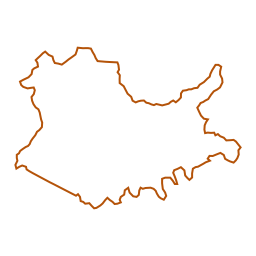 outline of Redenção da Serra, São Paulo, Brazil
{"feature_id": "56859067B72964394326652", "entity_name": "Redenção da Serra", "entity_type": "district", "adm_level": 2, "iso_a3": "BRA", "parent_name": "Brazil", "parent_adm1": "São Paulo", "projection": "albers", "projection_center": [-45.504, -23.25], "detail": "fine", "context": "isolated", "style": "outline", "palette": "amber", "viewbox_px": 256, "rotation_deg": 0, "n_neighbors": 0, "source": "geoboundaries", "source_scale": "gbopen_adm2", "svg_char_len": 2831}
<svg xmlns="http://www.w3.org/2000/svg" viewBox="0 0 256 256"><path d="M20.0,81.6L21.2,85.0L23.3,86.9L27.6,88.4L30.6,87.9L33.7,87.5L34.8,90.2L33.8,94.1L31.5,97.0L32.1,100.7L33.5,104.2L35.7,107.4L38.4,109.3L39.7,112.5L40.4,116.0L41.1,119.4L42.2,122.6L41.9,127.1L39.3,130.1L37.0,131.8L35.3,135.2L32.6,138.6L30.8,141.3L29.7,144.1L28.0,146.0L25.7,147.0L22.6,149.1L20.1,151.0L19.0,153.3L16.8,154.8L16.8,158.0L17.4,160.8L15.4,164.9L16.4,168.6L19.3,166.8L22.2,165.5L26.0,166.8L26.6,169.4L29.2,171.1L32.7,173.1L49.7,182.2L52.7,183.7L76.0,195.7L78.0,194.2L80.0,196.9L80.7,201.1L83.2,201.9L85.2,203.7L89.3,203.2L91.6,205.8L94.1,208.3L96.4,207.9L100.3,205.5L102.6,203.5L105.3,200.0L107.4,197.8L109.8,200.0L112.6,201.9L114.6,204.0L117.4,203.7L120.8,202.4L119.7,199.8L120.8,196.9L124.2,194.6L124.8,190.3L128.2,187.8L129.6,192.6L133.2,196.3L136.6,196.9L138.8,194.9L139.3,190.4L140.6,187.7L142.8,188.8L145.5,188.0L150.6,187.7L153.6,188.8L155.7,190.8L156.9,193.6L158.8,196.7L160.8,198.3L163.8,199.7L166.2,195.9L165.1,192.5L162.8,189.0L162.1,183.3L162.1,178.8L165.1,177.7L170.3,177.7L172.9,180.9L174.8,184.0L177.2,184.0L176.2,180.4L174.8,176.6L173.2,172.8L174.2,170.2L177.5,168.9L180.9,167.2L184.4,170.4L185.2,175.5L187.4,178.0L189.4,179.9L192.1,177.5L192.1,173.4L192.9,168.7L195.6,167.1L198.0,166.7L200.5,165.3L203.4,163.7L205.7,162.3L209.9,160.7L207.7,158.7L209.5,155.9L212.7,156.0L216.1,154.6L220.4,152.9L223.8,155.0L225.1,158.8L227.7,160.3L230.0,161.4L233.6,162.6L235.8,160.4L237.3,158.2L238.7,154.6L238.4,150.3L240.6,147.4L238.2,144.4L235.9,141.5L233.6,139.9L230.2,140.2L226.3,140.4L223.8,137.7L220.1,136.2L217.9,134.1L215.4,135.3L214.2,132.7L210.9,132.9L207.8,132.6L205.1,133.1L204.4,129.6L204.7,125.3L206.1,122.1L207.9,119.4L203.9,118.7L201.0,115.6L199.1,111.7L197.3,107.7L199.1,105.4L200.6,103.0L203.2,102.0L205.4,100.5L208.2,99.1L211.0,94.8L213.8,91.3L217.2,89.5L220.0,87.4L222.5,82.4L222.1,78.6L220.1,74.6L220.1,71.4L221.2,66.7L218.5,64.9L215.5,64.9L213.8,67.6L212.1,70.3L210.4,73.9L209.7,76.7L207.4,78.6L203.9,82.1L199.7,84.7L197.5,87.8L194.1,88.2L191.3,89.3L188.9,89.3L186.5,90.2L182.9,90.7L181.0,93.4L180.9,97.5L178.6,100.0L175.8,102.3L173.2,100.5L170.7,101.9L168.7,103.7L166.1,104.4L162.2,105.4L159.3,104.7L156.3,104.0L153.9,105.1L151.4,104.4L148.8,103.2L146.3,102.7L143.9,100.5L140.9,100.7L138.3,101.3L135.7,102.4L132.6,100.7L131.2,96.8L127.6,93.7L125.8,90.3L123.7,86.2L119.7,83.1L119.6,79.0L119.8,75.2L117.6,72.2L119.0,69.7L118.4,65.0L117.4,62.4L105.8,61.8L97.6,61.1L95.7,58.1L94.4,55.0L92.7,52.2L90.9,48.6L87.9,48.1L82.8,48.2L77.7,47.7L76.9,50.6L75.5,54.5L71.5,57.4L68.5,59.5L65.8,61.7L61.8,64.6L58.3,63.6L54.8,63.0L53.4,60.1L52.5,56.6L48.7,54.9L45.2,51.6L42.9,53.2L40.1,56.0L37.7,58.2L35.7,60.1L37.4,62.7L38.0,66.6L34.3,68.3L32.4,69.9L31.6,74.1L28.5,77.3L23.3,79.8L20.0,81.6Z" fill="none" stroke="#b45309" stroke-width="2"/></svg>